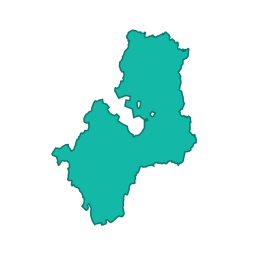 an SVG outline of Moskovskaya, rotated 101°
{"feature_id": "RUS-2364", "entity_name": "Moskovskaya", "entity_type": "Region", "adm_level": 1, "iso_a3": "RUS", "parent_name": "Russia", "parent_adm1": "", "projection": "robinson", "projection_center": [37.527, 55.599], "detail": "fine", "context": "isolated", "style": "filled", "palette": "teal", "viewbox_px": 256, "rotation_deg": 101, "n_neighbors": 0, "source": "natural_earth", "source_scale": "10m", "svg_char_len": 5844}
<svg xmlns="http://www.w3.org/2000/svg" viewBox="0 0 256 256"><g transform="rotate(101 128 128)"><path d="M83.7,144.1L83.3,143.9L83.2,143.2L83.3,142.3L83.0,141.8L81.2,141.8L79.9,142.5L76.7,141.8L75.2,142.5L73.7,142.9L73.6,143.2L74.1,144.7L72.8,145.8L72.4,146.5L70.7,147.1L69.8,147.9L69.2,148.1L65.2,148.6L64.7,148.5L63.7,147.6L62.1,147.3L61.2,146.6L60.7,146.6L59.5,147.0L57.1,146.1L53.8,145.9L49.8,143.4L47.8,143.0L46.5,143.6L42.2,143.2L42.6,144.3L42.4,144.6L40.9,144.8L40.0,146.0L38.0,146.8L35.6,145.9L34.2,145.8L31.5,142.8L31.0,141.5L31.3,140.9L31.1,138.9L32.1,135.8L32.0,135.2L31.4,134.4L31.6,133.7L32.2,133.2L32.4,132.5L32.2,130.9L31.6,130.2L30.9,129.7L31.2,129.1L31.8,128.9L33.4,129.3L34.9,129.2L35.5,128.4L35.6,126.9L34.5,124.9L33.7,124.3L33.3,122.7L32.4,122.0L32.2,121.4L32.4,120.9L33.5,120.6L33.1,119.5L33.9,118.4L33.9,118.0L32.1,116.7L31.9,115.7L31.3,114.8L29.8,113.3L29.7,112.5L29.8,111.4L29.5,111.3L28.9,111.9L28.5,111.8L28.5,110.6L28.2,110.2L26.9,109.7L26.8,109.1L28.4,106.1L29.2,105.3L30.8,104.3L32.7,104.3L33.3,103.9L33.5,102.8L32.3,101.7L32.2,101.3L33.2,100.3L33.7,99.1L35.0,98.4L35.4,97.9L35.4,96.9L34.4,96.1L34.8,95.2L37.0,94.6L39.5,94.7L40.6,94.3L41.0,94.0L40.5,92.3L41.3,90.4L41.1,89.9L40.3,89.5L40.2,89.2L40.4,88.6L40.8,88.5L41.9,89.1L42.2,88.9L42.2,88.3L41.5,86.6L40.5,87.2L40.3,87.1L39.7,85.1L38.6,84.2L38.8,83.6L39.3,83.4L46.1,82.8L47.4,83.3L48.4,84.1L49.8,86.2L50.9,86.9L51.6,87.0L52.8,86.6L54.2,86.4L54.9,86.5L56.8,87.7L59.3,87.2L62.5,88.6L63.3,89.5L64.0,89.3L64.9,87.8L65.9,87.4L66.6,86.5L67.1,86.2L68.8,86.2L73.4,84.6L77.4,85.0L81.1,84.7L81.3,84.6L81.7,82.8L82.2,82.2L83.5,81.8L87.2,79.9L92.0,78.5L93.0,77.3L93.3,77.3L99.3,78.5L99.6,78.8L99.5,79.4L99.8,79.9L101.1,80.1L101.8,80.8L102.3,80.7L102.7,79.8L104.4,79.6L104.9,79.2L106.0,77.6L106.1,76.7L105.3,75.6L105.3,74.9L105.5,74.5L106.4,73.8L106.3,73.4L105.8,73.0L106.5,72.5L106.6,72.3L104.9,70.8L105.2,69.7L106.3,68.6L106.7,68.8L110.1,67.5L110.5,67.5L110.9,68.5L112.0,67.9L113.6,67.9L115.1,67.2L117.9,66.9L119.5,67.1L120.1,67.0L120.8,65.6L122.5,63.6L122.2,63.0L122.6,62.5L122.6,62.2L121.9,61.5L122.3,60.8L123.8,61.0L124.1,60.7L124.0,60.1L124.4,59.7L126.3,58.9L129.0,58.4L129.6,58.5L130.1,59.9L130.6,60.3L134.1,61.1L134.6,61.4L134.8,62.1L135.2,62.5L135.8,62.6L136.9,62.1L137.7,62.3L139.0,63.5L139.4,64.6L140.1,65.5L140.2,67.0L140.5,67.5L150.2,67.7L151.1,68.0L152.2,69.1L152.9,70.8L154.9,71.5L154.6,72.0L152.9,72.8L153.6,73.6L153.8,74.4L152.7,76.4L153.2,78.3L152.9,78.7L151.9,79.1L151.8,79.8L152.4,80.7L152.9,81.8L155.2,83.1L155.8,83.8L155.8,84.6L155.3,86.3L156.1,87.0L156.5,87.9L156.5,90.4L156.8,92.2L156.8,92.4L156.2,93.2L156.2,93.5L156.9,94.6L158.4,95.9L159.0,96.0L160.4,95.5L159.8,97.4L159.8,97.9L160.4,98.8L161.1,101.0L162.7,102.8L162.8,103.8L163.5,105.6L163.5,105.9L162.9,107.0L164.1,108.9L164.4,109.1L166.0,108.7L167.9,109.3L169.4,109.4L171.4,111.1L173.1,111.0L173.8,112.1L174.6,111.8L175.7,110.9L178.1,111.5L180.2,110.8L180.9,110.8L181.4,111.8L181.5,113.0L182.5,114.5L184.3,115.5L185.3,115.7L188.0,115.2L193.3,115.8L193.8,116.2L193.8,116.8L193.0,118.2L193.3,118.5L194.7,119.2L195.9,119.0L197.6,119.1L198.8,118.6L202.6,118.4L204.8,117.7L207.1,118.1L207.6,117.9L208.3,117.2L212.4,115.7L213.3,115.5L214.7,115.9L215.8,116.6L216.3,117.2L216.3,117.7L216.0,119.9L216.5,120.6L223.1,125.8L224.0,126.8L223.9,127.4L222.2,130.2L222.2,131.7L222.5,132.0L225.4,131.2L226.2,131.5L226.5,131.8L228.0,134.6L228.2,135.1L227.9,135.6L226.3,135.9L226.6,137.3L228.4,141.4L229.2,142.2L226.2,145.0L221.5,147.6L217.8,148.5L214.0,148.7L213.2,149.2L211.6,150.6L209.8,151.6L209.7,151.8L210.6,152.5L211.6,153.0L213.8,151.8L215.3,152.0L216.4,152.7L216.6,153.7L213.6,158.2L211.3,157.2L209.5,156.9L208.4,157.0L205.1,157.7L205.0,158.5L204.7,159.0L202.8,159.6L200.5,161.1L199.2,163.2L196.9,164.5L196.2,165.7L195.8,168.6L194.1,171.0L194.3,171.3L195.4,171.8L195.2,172.2L194.2,172.8L191.6,172.7L190.5,173.2L190.4,173.9L190.8,176.0L190.7,176.6L190.3,177.1L189.7,177.3L187.7,177.1L186.6,177.5L182.5,177.7L180.3,178.6L179.4,179.4L178.9,179.1L178.2,178.1L177.7,178.0L173.6,178.9L172.1,181.4L172.0,181.9L172.6,184.1L172.4,185.4L172.5,186.1L173.0,186.9L176.4,188.1L177.7,188.8L177.7,189.2L177.3,189.6L176.0,190.0L175.2,190.9L174.6,190.8L174.5,190.5L174.0,190.5L172.0,191.3L171.7,191.8L170.4,192.3L169.9,193.1L169.5,194.3L169.3,196.4L168.8,197.1L167.9,197.6L166.3,197.2L164.6,196.2L161.6,195.3L161.4,194.1L161.3,191.4L160.9,190.1L159.1,189.1L156.2,185.7L156.0,184.4L155.6,183.8L155.7,183.5L158.3,182.7L159.9,180.3L161.3,179.7L161.3,179.1L160.4,177.8L159.5,177.0L156.3,176.7L155.1,176.0L154.2,176.4L149.2,175.9L148.9,175.7L147.9,174.3L146.2,174.7L145.1,173.8L144.6,173.6L143.1,173.5L142.4,173.3L141.7,172.6L141.8,171.1L141.4,170.7L140.2,170.1L138.8,170.0L138.6,168.3L137.9,166.8L134.0,166.5L132.1,167.2L130.5,167.3L130.2,167.4L130.2,168.0L130.9,169.0L131.0,169.5L130.6,171.8L129.9,172.3L127.1,173.0L122.5,171.7L122.2,170.8L120.0,169.6L119.3,168.8L118.5,167.3L118.0,166.9L117.4,166.9L115.4,167.3L110.4,166.6L107.9,165.4L107.5,164.9L107.9,164.0L107.9,163.3L106.1,161.5L105.8,160.4L104.8,158.5L108.4,157.2L108.7,153.7L111.4,150.4L113.6,152.0L117.1,148.6L118.6,143.7L116.5,141.7L118.6,138.7L122.8,139.7L125.3,133.8L126.5,129.0L128.0,128.5L130.5,127.2L132.7,124.9L133.8,121.5L135.3,121.5L135.7,120.4L133.9,119.1L133.4,116.9L132.2,115.3L129.2,113.5L124.6,111.9L118.5,113.1L116.7,110.1L115.1,111.0L117.4,113.3L116.1,114.3L115.5,116.3L114.3,118.2L114.0,120.1L116.7,124.4L108.5,127.3L107.0,135.2L100.9,135.2L100.8,131.5L96.5,131.7L96.5,136.3L100.5,142.7L96.1,146.3L95.2,146.7L94.7,147.8L91.3,148.3L90.9,148.0L91.3,146.8L91.2,146.5L89.9,145.0L89.1,144.6L87.4,144.4L85.4,143.7L83.7,144.1ZM101.8,123.9L106.2,122.5L106.6,120.7L103.3,120.2L100.1,120.7L99.3,122.4L99.7,123.3L101.8,123.9ZM110.3,109.1L112.2,107.2L111.9,105.5L108.2,104.0L107.2,107.5L110.3,109.1Z" fill="#14b8a6" stroke="#0f766e" stroke-width="1.5"/></g></svg>